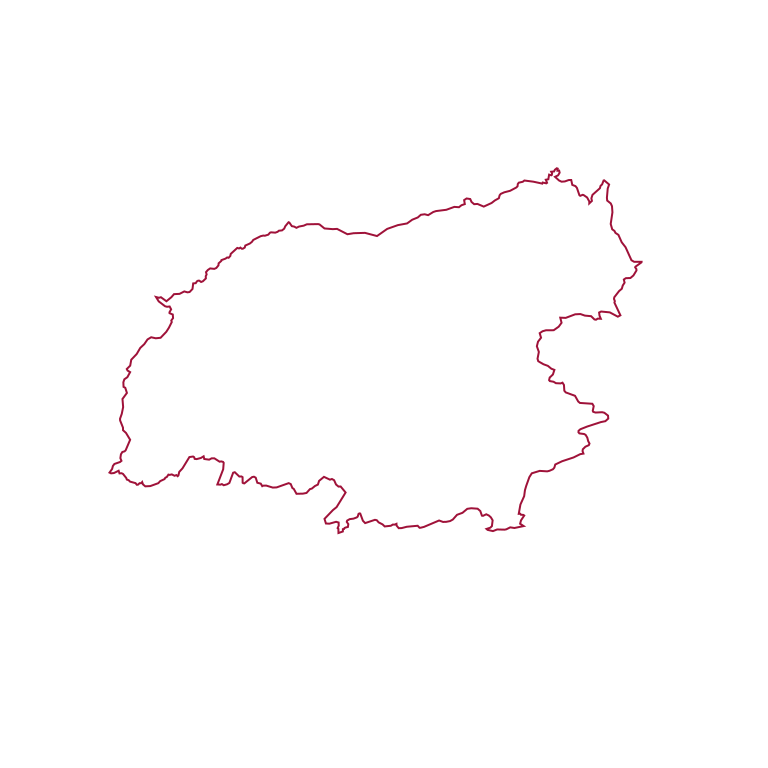 Bekily, Androy, Madagascar (Natural Earth projection), rotated 66°
{"feature_id": "10022922B6580820782603", "entity_name": "Bekily", "entity_type": "district", "adm_level": 2, "iso_a3": "MDG", "parent_name": "Madagascar", "parent_adm1": "Androy", "projection": "natural_earth1", "projection_center": [45.36, -24.27], "detail": "fine", "context": "isolated", "style": "outline", "palette": "rose", "viewbox_px": 768, "rotation_deg": 66, "n_neighbors": 0, "source": "geoboundaries", "source_scale": "gbopen_adm2", "svg_char_len": 6162}
<svg xmlns="http://www.w3.org/2000/svg" viewBox="0 0 768 768"><g transform="rotate(66 384 384)"><path d="M211.8,556.9L216.9,556.2L223.9,552.4L225.2,550.8L226.0,548.3L229.2,548.1L231.2,550.8L232.1,551.1L234.6,548.7L238.0,549.9L239.5,552.5L241.1,552.7L245.1,557.6L247.8,561.7L250.9,569.3L249.4,573.9L246.6,577.7L247.1,581.9L250.1,586.8L251.9,592.0L256.0,597.7L259.0,605.0L264.0,608.4L265.7,612.9L267.4,612.8L269.9,611.1L273.4,615.7L274.1,619.3L276.4,621.4L280.7,623.1L282.2,621.9L287.6,622.5L291.3,629.0L299.0,631.7L304.6,635.7L308.4,639.3L310.0,639.9L317.7,640.2L320.1,641.2L323.7,639.6L331.7,638.6L339.5,647.0L340.0,648.4L339.7,650.7L341.2,652.9L344.5,655.0L347.4,655.1L347.9,656.9L347.4,662.8L348.6,665.0L351.0,666.9L353.3,670.8L354.6,669.7L355.5,666.9L355.3,661.7L358.1,662.0L358.8,660.0L360.0,659.0L365.0,657.7L366.7,657.8L368.0,656.4L369.9,655.7L373.5,651.3L375.5,650.8L375.9,649.7L375.2,647.6L375.9,646.1L375.2,644.8L377.7,645.0L380.4,643.7L382.2,639.0L382.8,630.5L381.7,628.0L381.6,623.2L380.7,621.9L380.6,620.2L379.1,617.8L379.8,616.9L380.3,614.6L382.6,612.7L382.8,610.7L384.3,610.0L383.9,609.0L381.0,606.8L379.1,602.4L371.6,591.5L372.6,587.9L373.7,587.2L375.4,587.4L376.4,585.7L377.1,581.4L376.7,578.2L379.4,578.7L382.0,574.5L381.8,571.7L382.9,569.2L388.1,565.8L388.5,564.2L389.7,562.7L390.8,562.5L396.5,565.6L408.0,577.1L409.4,574.4L409.5,572.8L411.3,571.6L411.8,568.1L411.5,565.5L403.7,557.9L403.9,556.2L409.7,553.8L410.5,551.8L411.6,551.1L416.7,553.3L417.3,553.0L418.0,552.0L415.4,542.3L415.8,540.5L417.4,539.3L422.7,539.9L424.9,537.1L427.8,536.8L427.7,535.8L428.9,532.9L433.4,527.7L434.8,524.1L435.8,511.4L437.5,509.9L441.8,510.0L443.1,509.1L448.7,508.6L451.2,502.6L452.0,499.1L449.9,494.4L450.2,492.5L449.1,488.5L449.0,485.3L446.1,482.7L444.4,476.6L449.4,472.3L449.6,470.2L451.6,468.7L456.3,468.7L459.2,467.3L460.0,465.3L467.5,463.2L477.2,477.4L478.4,481.9L483.0,493.2L487.8,493.8L489.4,490.7L490.4,483.8L492.1,481.8L495.0,483.0L496.8,485.0L497.8,484.6L501.6,486.2L502.0,481.6L499.9,480.6L500.2,479.5L499.5,478.6L499.5,477.5L499.9,475.1L497.5,473.6L494.8,474.1L493.8,473.2L493.5,470.3L494.6,466.6L494.8,463.1L494.4,461.9L492.3,460.1L492.2,459.1L492.7,458.4L500.3,458.9L503.4,457.8L504.4,447.5L505.5,446.0L508.2,445.2L511.7,442.4L514.4,441.3L516.3,435.4L516.0,433.1L516.8,431.4L516.8,429.5L518.4,430.1L521.7,429.2L522.8,426.5L523.7,421.2L527.2,410.9L529.8,410.0L530.2,409.0L530.8,405.6L531.1,389.2L534.0,386.2L535.2,383.3L536.1,379.4L535.8,376.2L533.2,370.5L533.6,364.7L531.9,358.7L533.0,354.8L536.0,349.2L539.2,347.7L544.1,348.1L544.7,347.2L544.6,343.6L546.8,341.7L549.3,340.6L552.7,340.2L557.7,343.2L558.5,345.3L558.1,349.3L559.4,348.7L562.7,344.3L562.9,339.8L566.1,333.1L566.5,331.4L566.3,327.0L568.6,323.4L570.6,314.2L567.0,316.5L564.3,314.3L561.2,309.4L560.3,309.9L559.1,312.1L557.9,312.3L557.4,313.7L549.6,308.4L543.5,301.6L538.3,298.4L534.9,295.5L528.2,289.1L525.7,285.3L526.7,277.1L530.2,270.4L530.6,268.1L530.6,264.3L529.7,262.4L527.2,260.3L527.0,252.7L528.2,240.7L527.9,233.3L528.7,230.1L526.0,229.9L524.5,228.9L523.2,225.5L523.2,221.8L522.0,220.5L519.2,220.7L515.7,220.1L512.5,220.5L511.1,221.5L508.6,225.6L507.2,226.0L505.9,225.3L505.2,223.0L505.5,215.7L507.0,201.4L508.0,196.9L506.8,193.2L504.0,192.2L499.9,194.4L498.5,196.2L496.1,202.4L494.5,204.2L493.4,204.2L489.5,201.4L486.8,201.7L481.0,212.7L479.0,213.7L472.5,214.3L465.6,221.4L463.5,222.0L458.1,220.0L455.4,220.4L455.3,222.4L453.2,226.6L450.9,228.2L448.8,231.3L447.6,231.6L445.5,230.0L444.0,225.8L440.4,222.6L438.1,224.9L434.1,226.9L430.8,230.3L426.0,233.8L423.4,233.5L417.7,229.5L411.7,229.0L408.0,226.1L405.6,221.7L400.9,221.1L400.3,217.7L400.8,214.2L403.9,207.1L402.7,201.1L400.3,196.9L395.1,196.0L397.5,191.1L398.1,181.0L400.0,176.1L403.2,172.7L406.3,167.2L410.6,165.5L411.5,164.2L411.2,162.1L412.6,159.4L409.2,159.3L406.2,158.4L406.1,156.2L410.4,148.6L417.6,143.0L417.4,140.1L403.4,140.4L402.2,139.4L399.8,139.3L398.4,138.3L394.7,131.4L393.7,128.0L391.1,125.8L389.3,123.0L386.1,122.4L385.7,120.0L387.4,115.8L386.3,112.0L383.0,107.2L381.7,106.7L379.6,107.1L379.1,106.6L377.6,99.3L377.1,99.0L374.1,105.8L371.6,107.6L357.3,107.7L351.2,109.2L343.1,109.2L340.1,111.1L337.9,111.2L335.5,112.6L330.0,111.8L320.1,105.5L314.3,103.4L311.3,103.4L307.2,105.5L304.5,104.6L296.4,100.1L293.3,97.2L287.5,100.0L287.4,100.6L290.4,103.6L291.0,105.5L293.0,107.2L296.0,116.6L298.7,119.0L301.3,119.6L302.5,123.0L300.8,122.2L296.2,122.6L292.6,124.8L292.0,125.5L291.9,128.2L291.0,128.7L283.3,128.0L281.1,128.6L278.7,131.0L273.8,130.0L272.8,132.3L272.5,136.4L271.4,139.5L269.3,141.3L264.3,143.5L264.2,140.1L262.4,137.6L260.3,137.2L259.7,138.8L257.9,137.7L257.2,138.4L257.8,140.8L259.0,142.2L258.1,144.9L260.0,144.8L261.3,145.7L261.4,146.3L259.9,148.0L263.8,150.6L263.2,153.1L266.5,153.2L266.7,154.1L264.5,157.1L265.3,157.9L259.9,165.3L255.2,173.0L255.7,175.0L254.9,179.0L255.7,180.4L257.7,181.6L258.3,183.2L258.8,190.2L257.8,196.2L257.8,200.0L258.6,201.6L261.0,203.5L261.4,208.0L262.4,212.1L262.5,220.7L257.5,225.4L256.4,228.5L253.3,230.0L250.1,230.0L248.1,233.1L248.6,236.0L252.5,237.0L252.2,240.5L253.0,243.6L250.8,247.7L250.2,256.2L247.2,266.1L246.9,269.0L247.7,275.0L245.5,277.8L244.4,281.5L245.6,285.4L245.4,291.4L246.7,297.6L244.5,306.7L243.6,318.0L246.0,330.2L238.2,339.9L233.9,350.4L232.3,356.5L223.2,363.8L221.7,367.8L217.7,375.1L212.0,378.0L211.1,379.2L206.7,389.6L206.7,392.9L205.6,397.6L205.7,400.5L203.7,402.0L202.3,404.0L198.0,404.8L197.4,405.4L199.7,410.0L201.5,412.0L202.2,414.7L201.2,417.7L201.7,419.3L201.5,421.8L199.5,425.5L199.4,426.7L200.5,428.9L200.1,432.5L199.3,433.9L198.8,436.5L199.2,444.8L200.4,446.8L201.1,449.4L201.1,454.4L202.7,455.7L203.0,458.0L202.5,459.0L201.0,459.7L201.2,461.3L200.0,462.7L202.8,471.1L204.5,472.3L205.5,474.6L204.6,475.8L205.0,477.8L204.7,482.1L205.4,482.6L206.5,486.0L208.3,487.0L209.8,490.0L209.8,492.2L207.7,495.8L208.2,498.6L209.4,501.1L211.8,501.5L213.0,503.0L215.1,503.8L216.5,507.7L216.4,509.6L214.5,510.7L214.0,511.8L214.1,513.1L215.3,515.0L214.5,517.4L219.3,520.3L220.9,524.2L220.3,526.3L218.2,528.8L218.5,534.1L216.5,539.3L218.2,542.9L219.9,549.1L214.0,552.5L213.7,554.5L211.8,556.9Z" fill="none" stroke="#9f1239" stroke-width="2"/></g></svg>